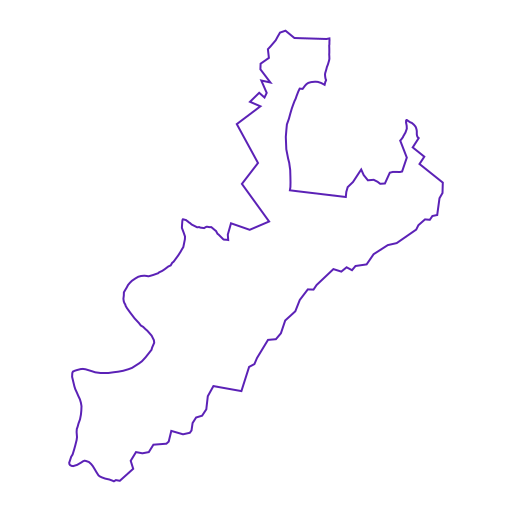 Wujal Wujal, Queensland, Australia
{"feature_id": "25037944B81164112312357", "entity_name": "Wujal Wujal", "entity_type": "district", "adm_level": 2, "iso_a3": "AUS", "parent_name": "Australia", "parent_adm1": "Queensland", "projection": "robinson", "projection_center": [145.313, -15.966], "detail": "fine", "context": "isolated", "style": "outline", "palette": "violet", "viewbox_px": 512, "rotation_deg": 0, "n_neighbors": 0, "source": "geoboundaries", "source_scale": "gbopen_adm2", "svg_char_len": 4112}
<svg xmlns="http://www.w3.org/2000/svg" viewBox="0 0 512 512"><path d="M280.0,32.6L278.7,34.9L277.8,36.4L275.7,40.3L270.6,46.3L267.9,49.2L268.9,57.9L260.6,63.7L260.4,69.3L270.4,82.5L261.3,80.5L266.7,92.9L264.5,97.5L259.2,92.8L250.0,101.8L260.4,106.3L236.8,124.1L258.0,163.0L241.9,183.9L269.1,221.5L249.7,229.8L231.0,223.3L227.8,234.6L228.2,240.0L227.1,239.8L223.9,239.6L223.2,239.2L220.5,236.5L218.5,234.5L217.6,233.9L216.9,232.7L216.1,231.1L214.6,229.9L211.3,227.1L209.1,227.1L206.9,226.7L205.7,227.1L204.1,228.1L202.6,227.9L200.2,227.6L199.4,227.1L198.7,227.1L197.5,227.3L196.6,227.1L196.2,226.8L194.0,225.7L191.6,224.5L190.2,223.2L188.5,222.1L187.7,221.3L186.6,220.6L186.1,220.1L184.2,219.6L183.3,219.3L182.8,219.3L182.5,220.0L182.3,221.4L182.0,225.6L181.9,227.9L183.7,232.7L185.0,236.5L184.9,239.2L184.0,243.7L183.3,247.1L182.0,249.2L180.6,251.7L178.3,255.3L173.6,261.7L172.2,262.8L170.7,265.4L168.3,266.5L164.6,269.3L162.2,270.9L159.0,272.4L158.2,273.2L153.1,275.0L149.7,276.0L148.3,276.3L146.9,276.0L144.4,275.7L141.0,276.0L138.2,276.8L135.3,278.5L131.9,280.8L129.9,282.8L128.1,284.9L126.6,287.7L125.4,289.7L123.9,292.3L123.8,295.6L123.4,298.8L123.8,301.5L124.6,303.5L125.2,304.3L125.7,306.0L127.0,308.2L130.4,312.9L134.6,318.4L138.9,323.0L140.8,325.5L143.2,326.9L145.3,329.0L147.3,330.7L151.6,335.6L153.9,340.2L154.2,342.8L152.1,347.6L151.5,349.8L145.6,357.3L141.9,361.3L139.2,363.3L134.2,366.5L132.0,367.9L128.5,369.2L123.1,370.8L118.2,371.7L114.0,372.2L108.4,373.0L100.5,373.0L95.2,372.3L92.5,371.4L85.6,369.3L82.9,368.9L80.6,369.1L76.8,370.1L74.9,370.7L72.9,371.6L72.3,373.0L72.1,376.8L74.4,386.4L75.3,389.2L76.7,392.2L78.2,395.7L79.9,399.3L80.9,402.7L81.5,406.2L81.3,410.8L80.9,414.8L80.0,419.4L78.5,423.5L77.6,426.8L76.8,429.0L76.6,432.0L77.0,437.2L76.6,440.1L75.3,445.3L74.2,449.3L72.6,454.5L71.2,456.7L69.9,460.7L69.2,462.7L69.4,464.1L70.1,465.1L71.6,465.9L73.2,466.1L75.1,465.5L77.1,464.9L79.5,463.5L81.4,462.4L83.0,461.3L84.6,460.7L86.0,461.0L88.9,462.0L91.1,464.0L92.8,466.1L94.7,469.2L96.4,472.1L98.5,475.4L99.8,476.4L101.9,477.4L105.2,478.6L109.3,479.5L112.3,480.6L113.9,481.3L115.9,480.1L119.8,480.8L133.2,468.8L130.7,460.8L136.0,452.1L142.4,453.3L148.8,452.1L153.4,444.7L166.4,443.7L168.7,441.6L171.3,430.9L183.0,434.3L189.8,432.8L191.5,430.5L192.6,423.0L196.1,417.5L202.1,415.7L206.3,409.3L207.8,396.2L213.4,386.1L241.4,391.1L249.1,366.9L254.4,364.1L257.0,358.0L268.0,339.9L275.9,339.2L280.9,333.3L285.2,320.5L295.3,311.3L299.8,299.9L307.8,289.4L313.5,289.6L316.6,285.0L333.4,269.1L341.3,271.6L346.6,267.3L352.0,270.2L355.5,266.0L366.6,264.4L373.6,254.2L387.8,245.1L396.7,243.1L416.2,229.6L418.4,225.2L425.0,219.4L429.8,219.8L432.4,216.0L437.2,215.0L439.5,198.2L442.5,193.0L442.8,182.6L419.5,164.0L424.3,156.7L412.7,147.4L418.7,138.1L418.1,137.6L417.7,137.2L417.1,135.9L416.8,134.3L416.8,132.7L416.8,131.3L416.6,129.8L416.1,128.0L415.5,126.6L413.9,124.7L411.8,122.9L410.2,122.3L406.8,120.0L406.5,120.0L406.2,120.4L406.0,121.1L406.2,121.7L406.2,122.1L406.0,122.7L406.2,123.3L406.3,123.8L406.5,124.8L406.7,125.9L406.8,128.7L406.1,130.7L405.4,132.7L404.6,133.9L404.4,134.5L403.7,135.5L402.8,137.4L402.1,138.3L401.3,139.4L400.2,140.6L401.3,143.4L406.8,157.6L402.1,171.5L400.0,172.0L393.0,171.9L389.8,172.7L384.9,183.5L380.2,183.8L377.6,181.8L373.7,179.8L367.9,180.3L363.7,175.1L361.2,169.5L360.0,171.3L353.0,182.0L347.7,187.1L346.3,191.9L345.8,197.0L297.1,191.2L293.1,190.7L289.9,190.3L290.4,187.0L290.5,182.5L290.4,176.8L290.2,170.0L289.2,162.8L288.1,158.5L286.3,149.3L285.8,136.9L286.4,129.6L286.9,124.4L288.9,118.8L290.3,113.6L291.9,108.2L293.3,104.3L294.5,101.1L295.1,99.9L295.7,98.6L296.6,95.9L298.3,91.5L299.7,88.6L302.6,88.9L305.1,85.6L306.5,84.1L308.3,82.9L311.1,82.1L315.2,81.7L317.9,81.9L321.2,83.0L324.6,84.8L325.4,81.6L325.9,80.8L326.1,80.1L325.5,78.6L325.2,76.8L325.0,74.6L325.2,73.1L325.8,71.1L326.3,69.4L326.9,67.0L327.9,64.5L328.7,61.8L329.1,60.4L329.4,58.9L329.3,56.0L329.2,54.5L329.3,52.7L329.3,48.6L329.2,45.5L329.4,44.3L329.4,42.0L329.5,40.1L329.4,38.4L326.5,39.0L307.1,38.4L300.3,38.2L294.4,38.0L285.5,30.7L280.0,32.6Z" fill="none" stroke="#5b21b6" stroke-width="2"/></svg>